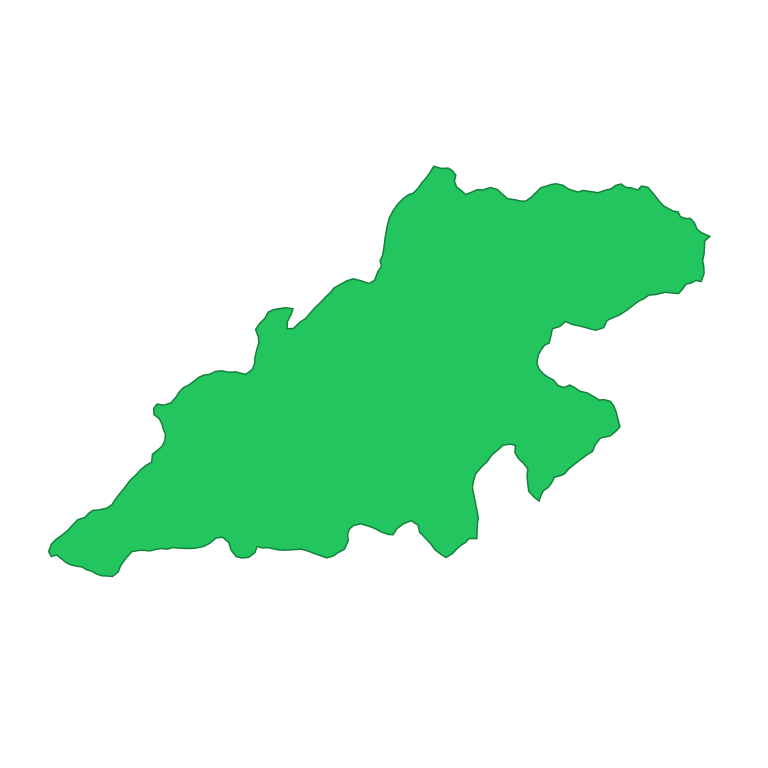 outline of Santa Rita de Caldas, Minas Gerais, Brazil, rotated 195°
{"feature_id": "56859067B49411657296568", "entity_name": "Santa Rita de Caldas", "entity_type": "district", "adm_level": 2, "iso_a3": "BRA", "parent_name": "Brazil", "parent_adm1": "Minas Gerais", "projection": "mercator", "projection_center": [-46.273, -22.019], "detail": "fine", "context": "isolated", "style": "filled", "palette": "green", "viewbox_px": 768, "rotation_deg": 195, "n_neighbors": 0, "source": "geoboundaries", "source_scale": "gbopen_adm2", "svg_char_len": 4119}
<svg xmlns="http://www.w3.org/2000/svg" viewBox="0 0 768 768"><g transform="rotate(195 384 384)"><path d="M107.5,610.9L116.2,612.3L121.4,614.3L125.7,619.8L130.8,623.3L135.5,621.9L141.1,622.3L144.4,626.4L149.6,625.8L155.0,627.2L159.9,628.3L165.7,632.0L172.3,637.0L180.0,642.3L186.4,641.9L189.2,637.0L195.3,637.5L201.5,636.6L206.7,638.6L211.6,635.8L215.4,631.1L220.8,628.3L226.7,624.2L234.4,623.3L241.6,622.6L246.0,619.8L251.1,619.8L256.1,620.0L262.7,622.3L269.7,621.9L274.5,619.8L278.6,617.0L283.3,614.2L286.0,609.5L289.9,602.8L294.5,597.3L299.2,596.1L304.6,595.9L312.6,595.0L318.7,598.0L324.6,601.1L332.1,601.4L338.8,597.0L344.1,595.9L348.8,592.2L354.1,588.1L359.6,590.9L364.9,593.1L368.5,598.2L368.6,604.2L373.2,607.8L377.8,609.2L384.5,607.0L392.3,607.2L394.5,599.5L397.1,592.8L399.5,588.4L401.5,582.3L405.3,575.7L409.4,573.2L413.8,567.6L417.4,561.0L420.2,553.4L421.8,545.4L421.8,537.6L421.2,531.0L420.8,525.6L419.9,519.6L419.2,513.7L418.7,507.7L419.7,502.1L416.9,497.1L419.0,491.0L419.9,481.9L424.4,477.2L433.3,477.8L441.0,477.6L446.6,474.1L451.8,469.1L457.3,463.6L459.6,458.1L462.7,453.3L466.3,446.6L470.4,439.9L473.4,433.9L476.6,427.2L481.6,421.4L485.8,414.2L492.0,412.3L493.4,419.5L491.7,427.3L491.4,433.1L498.4,432.3L504.5,429.8L510.1,427.2L514.5,423.4L516.1,416.5L519.7,410.5L522.2,403.4L517.3,396.7L515.5,390.9L515.8,384.8L515.5,376.0L514.3,370.9L514.8,364.1L520.2,357.4L530.2,357.4L537.4,355.1L543.9,354.8L549.8,352.7L555.4,348.0L559.8,346.3L564.7,342.4L568.8,336.9L572.6,332.1L576.5,328.9L579.6,323.6L581.4,317.8L584.7,310.9L591.1,306.6L598.0,305.9L600.1,300.8L598.3,295.0L591.9,292.2L588.2,287.9L585.2,282.9L582.1,278.9L581.1,272.6L582.1,266.8L584.9,262.3L589.5,256.2L588.2,248.4L592.9,243.7L597.0,238.0L599.8,232.5L604.6,224.7L607.6,216.8L611.0,209.4L613.8,202.5L615.6,197.0L619.4,192.5L626.8,188.6L632.7,186.4L635.8,182.6L638.2,177.9L644.8,173.6L648.2,167.1L651.8,160.4L656.6,153.8L660.5,149.0L663.8,143.4L664.6,135.4L660.8,131.3L655.8,134.0L650.2,131.6L644.6,129.1L639.4,128.2L633.5,128.5L628.1,129.1L623.5,127.7L617.6,127.5L612.7,126.1L606.9,125.7L602.3,126.8L596.5,127.7L592.1,133.8L591.3,140.9L588.2,148.7L584.2,156.8L577.7,159.8L572.9,161.2L567.2,162.1L561.6,165.1L557.0,167.3L550.6,168.4L545.4,171.5L538.5,172.6L531.0,174.3L524.0,176.5L516.3,180.3L510.9,185.3L506.5,191.7L500.2,194.2L493.0,190.8L488.3,183.6L482.2,179.1L476.3,179.1L469.8,181.6L465.0,187.8L464.5,194.2L458.8,194.2L454.1,195.9L448.9,196.1L443.1,196.4L437.1,197.7L430.0,200.0L425.3,201.7L420.7,203.1L415.1,203.0L403.3,201.9L394.3,201.2L388.6,204.6L385.1,208.8L379.3,214.4L378.0,223.5L380.3,229.7L379.9,234.8L376.8,239.4L370.4,242.9L361.9,242.7L355.5,242.1L349.3,240.5L341.1,239.8L336.2,240.7L334.1,247.6L329.0,254.0L322.4,259.0L314.6,256.5L311.2,250.1L303.5,245.4L297.6,241.8L291.9,237.1L285.3,234.3L279.2,232.4L274.0,237.9L270.9,243.7L267.9,248.1L264.5,251.8L261.7,256.8L254.3,258.7L256.0,265.9L257.6,273.1L258.3,279.2L260.6,284.0L263.5,290.0L266.5,296.2L269.4,301.7L271.9,307.2L272.5,313.0L272.2,321.0L268.6,328.6L264.2,336.0L261.4,343.5L257.6,348.8L253.2,355.7L246.6,358.5L241.1,358.7L239.8,351.6L234.9,346.8L228.0,343.0L223.1,339.2L222.3,333.2L220.0,326.6L216.4,317.8L209.8,313.6L203.9,311.1L203.6,316.4L202.5,322.0L198.9,326.3L196.4,332.1L195.3,338.0L191.0,340.4L186.7,343.5L183.6,349.8L179.7,355.1L176.4,359.7L172.8,364.0L169.4,368.4L165.2,372.8L164.2,380.1L160.9,387.9L152.2,392.3L148.0,398.1L145.0,403.7L148.5,409.8L152.6,417.2L156.2,422.0L160.6,425.8L167.2,425.9L172.0,424.2L177.4,425.9L185.4,428.0L193.1,427.7L198.7,429.8L204.4,431.1L208.9,427.2L215.4,427.5L221.6,431.9L226.7,432.8L232.6,435.0L237.4,438.0L241.6,443.3L242.5,451.4L241.1,457.8L238.8,463.3L235.1,466.3L235.2,472.2L235.6,481.0L229.2,485.0L224.9,491.3L217.2,490.2L209.5,490.7L200.2,490.7L193.5,490.7L186.4,495.3L185.1,502.9L181.0,506.6L174.8,511.3L169.7,516.8L165.0,522.7L160.1,529.3L154.7,534.1L151.1,538.5L145.0,540.6L136.0,545.4L127.8,546.7L122.9,547.6L120.3,552.6L118.0,558.7L113.6,561.0L109.5,564.8L104.2,564.9L103.4,573.6L105.5,580.1L108.2,585.9L108.5,592.5L109.8,598.9L111.3,605.1L107.5,610.9Z" fill="#22c55e" stroke="#15803d" stroke-width="1.5"/></g></svg>